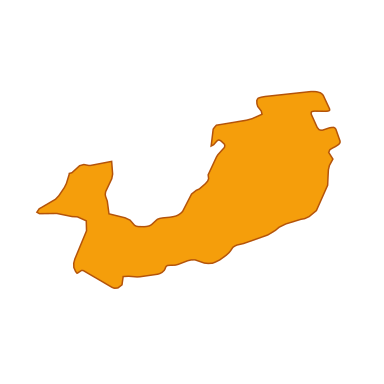 an SVG outline of Ingush, rotated 77°
{"feature_id": "RUS-2303", "entity_name": "Ingush", "entity_type": "Republic", "adm_level": 1, "iso_a3": "RUS", "parent_name": "Russia", "parent_adm1": "", "projection": "orthographic", "projection_center": [44.85, 43.115], "detail": "fine", "context": "isolated", "style": "filled", "palette": "amber", "viewbox_px": 384, "rotation_deg": 77, "n_neighbors": 0, "source": "natural_earth", "source_scale": "10m", "svg_char_len": 2251}
<svg xmlns="http://www.w3.org/2000/svg" viewBox="0 0 384 384"><g transform="rotate(77 192 192)"><path d="M239.0,324.1L234.9,323.3L230.9,321.2L206.1,303.5L196.3,301.5L190.4,309.3L189.0,314.3L182.5,328.5L178.8,345.5L176.8,347.7L174.0,344.7L168.4,326.7L165.7,322.6L159.0,315.4L155.5,312.5L147.2,307.7L146.3,307.4L146.2,304.7L141.1,295.6L140.9,291.2L142.9,286.7L143.3,285.0L144.1,263.4L156.7,265.3L161.0,267.2L172.3,276.1L174.9,277.1L176.9,277.2L181.8,276.6L194.6,277.8L202.1,263.0L205.5,258.7L211.5,255.5L212.8,254.0L213.7,251.9L215.1,246.2L215.4,243.6L215.4,241.5L215.1,239.9L214.5,238.4L211.5,233.2L210.8,231.8L210.5,229.3L210.7,226.0L211.6,219.4L211.8,215.9L211.8,213.2L211.5,211.5L211.1,210.0L210.5,208.5L210.0,207.4L208.8,205.5L193.9,192.9L191.3,187.4L190.7,184.2L187.0,177.2L184.8,174.2L182.7,172.8L178.9,172.4L163.3,160.2L161.5,158.4L155.8,150.3L154.1,149.6L152.6,149.7L148.9,152.2L147.9,153.2L147.3,154.3L147.6,155.7L148.3,156.8L150.8,160.3L151.5,163.0L135.5,157.2L134.1,155.6L132.4,153.2L134.3,122.6L134.1,117.2L132.0,106.3L131.9,106.3L128.7,106.3L123.5,108.7L120.7,108.9L117.5,108.3L116.2,107.3L115.5,106.4L115.3,104.9L115.2,103.1L115.4,99.2L120.9,53.3L121.9,49.3L122.7,47.3L124.2,44.6L125.7,43.3L127.3,42.4L141.9,39.3L143.1,39.4L143.7,40.3L143.7,41.9L143.4,43.7L140.8,54.3L140.6,56.0L140.7,57.4L141.6,58.1L143.1,58.3L157.2,55.5L159.8,54.2L160.7,52.7L161.1,50.9L160.4,43.7L160.5,41.7L160.9,39.4L161.9,38.3L163.2,37.7L175.7,36.3L177.2,36.7L178.2,37.7L178.9,39.0L180.0,42.0L180.8,45.2L181.8,48.2L184.2,49.9L191.6,47.3L197.0,52.1L201.0,54.1L206.9,55.8L215.9,58.3L238.1,75.0L242.3,83.4L243.3,88.2L243.1,92.0L244.2,107.7L245.9,115.0L248.1,119.3L250.9,127.8L253.8,153.3L253.8,160.1L254.3,162.4L255.0,164.4L255.9,165.5L257.9,167.6L259.5,169.7L261.3,172.9L264.4,180.2L265.5,184.8L266.0,188.0L265.3,192.2L264.0,196.0L258.8,204.3L258.0,208.0L258.0,211.6L259.4,221.7L259.5,224.3L259.3,225.9L258.5,229.6L258.1,232.4L258.6,233.8L259.5,234.7L260.8,235.5L262.1,236.7L263.6,239.3L264.2,241.6L264.4,243.8L262.9,261.6L262.4,264.6L259.8,272.8L258.9,278.1L266.7,281.1L268.8,285.7L268.6,287.6L268.2,289.5L266.9,291.4L244.1,315.6L243.6,317.0L243.7,317.7L245.2,321.6L245.3,322.3L243.3,323.3L239.0,324.1Z" fill="#f59e0b" stroke="#b45309" stroke-width="1.5"/></g></svg>